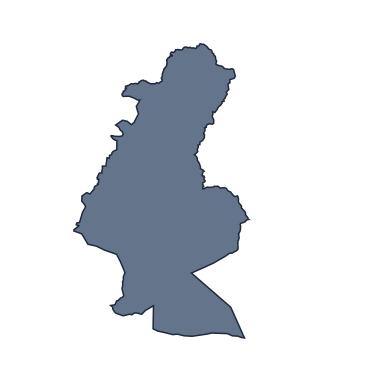 the district of Santa María Tlahuitoltepec, Oaxaca, Mexico, rotated 111°
{"feature_id": "50627088B87126124877298", "entity_name": "Santa María Tlahuitoltepec", "entity_type": "district", "adm_level": 2, "iso_a3": "MEX", "parent_name": "Mexico", "parent_adm1": "Oaxaca", "projection": "natural_earth1", "projection_center": [-96.099, 17.126], "detail": "fine", "context": "isolated", "style": "filled", "palette": "slate", "viewbox_px": 384, "rotation_deg": 111, "n_neighbors": 0, "source": "geoboundaries", "source_scale": "gbopen_adm2", "svg_char_len": 5982}
<svg xmlns="http://www.w3.org/2000/svg" viewBox="0 0 384 384"><g transform="rotate(111 192 192)"><path d="M116.9,291.8L117.2,292.0L118.9,290.4L119.1,291.4L120.1,291.2L120.7,290.8L122.0,291.3L122.5,292.2L123.7,292.1L124.4,291.9L125.5,292.5L126.5,292.0L127.1,291.4L127.4,290.4L125.1,284.9L125.1,282.3L125.1,279.6L125.6,275.6L124.8,273.7L128.6,274.0L132.0,274.7L135.9,271.9L138.1,270.0L147.6,271.0L150.9,272.7L149.2,277.7L149.9,282.6L156.8,287.3L157.8,283.6L159.1,282.1L160.0,280.9L160.6,278.9L161.2,278.3L162.2,277.2L162.9,276.8L163.9,277.3L164.9,277.4L166.2,279.9L166.8,281.4L166.9,282.2L167.7,283.8L167.7,285.1L168.3,287.7L169.0,287.5L169.8,286.4L170.6,285.0L171.1,283.0L171.1,280.5L179.4,277.4L180.0,277.8L180.7,278.6L182.3,280.1L184.0,280.8L185.2,280.5L186.0,280.6L187.3,282.1L190.3,281.4L190.4,283.6L198.6,281.7L200.0,285.0L201.9,284.1L204.9,283.6L206.5,283.0L207.5,285.3L212.7,285.8L213.1,285.1L213.1,284.6L213.8,285.0L214.1,283.2L214.9,283.3L215.6,283.1L216.1,282.7L216.6,282.9L217.7,282.8L218.3,283.1L218.6,282.4L221.7,284.8L222.9,284.8L224.1,284.4L229.0,286.1L230.1,286.4L230.4,286.6L230.3,290.0L235.1,293.3L240.1,291.6L240.6,290.5L243.2,286.6L244.2,286.1L250.3,286.9L260.7,286.1L262.3,288.5L264.1,288.3L264.1,285.6L267.9,287.7L269.4,288.7L270.7,288.4L270.6,279.9L278.1,270.4L276.8,262.1L277.6,252.5L277.2,240.0L282.8,233.8L290.5,226.4L291.6,225.6L293.4,225.7L296.1,225.7L298.6,224.5L300.8,224.7L301.5,224.2L303.9,223.3L307.4,222.7L313.3,218.5L315.8,219.6L316.5,220.6L318.5,221.6L319.8,222.1L320.8,223.4L324.4,223.4L325.6,224.6L327.1,227.3L328.0,224.6L329.6,224.1L332.3,220.4L332.4,219.4L332.3,212.0L328.5,206.5L328.2,204.3L327.6,203.6L325.8,202.7L324.6,199.9L324.4,196.4L323.9,195.0L319.4,193.1L312.0,187.2L333.7,179.3L334.1,174.2L333.0,166.8L332.0,158.7L330.0,154.9L329.1,147.9L326.6,140.1L319.5,127.5L316.5,122.8L311.5,108.1L311.8,102.8L310.2,97.7L310.0,93.2L309.5,90.7L285.7,114.5L267.9,163.5L250.9,146.7L239.8,137.7L235.3,134.7L234.9,132.9L231.1,129.6L229.6,128.7L229.0,129.1L228.4,128.7L227.9,128.9L227.5,129.3L226.2,129.5L224.9,130.3L223.7,130.6L222.0,131.4L220.0,131.3L219.3,131.6L218.3,131.4L217.8,131.9L216.8,132.1L216.4,132.7L215.3,132.8L214.5,133.5L214.1,133.4L213.9,133.6L213.7,133.4L211.1,133.1L209.3,133.5L206.4,134.4L205.0,135.5L203.7,135.2L201.9,132.8L200.8,131.8L198.2,130.7L197.3,129.2L197.1,130.1L196.0,130.6L194.1,133.9L193.1,134.1L192.7,134.4L191.2,135.7L191.0,136.4L190.6,137.0L190.1,138.2L189.4,139.4L189.0,140.4L187.3,140.8L185.5,144.2L185.0,144.7L183.6,145.5L182.1,146.0L180.1,147.2L179.3,148.3L180.6,149.7L180.9,150.7L180.0,153.0L178.2,155.9L178.0,158.8L176.5,161.0L176.2,162.9L176.5,163.8L178.2,166.8L177.3,170.3L178.0,171.0L178.6,173.2L179.7,173.9L180.4,174.9L180.6,175.8L181.3,176.9L181.8,179.1L182.4,180.0L184.0,181.7L184.8,182.0L185.0,183.2L184.7,183.2L183.1,183.7L182.4,183.2L180.9,184.9L180.2,185.1L179.5,185.2L177.8,183.7L177.0,183.7L176.1,184.8L175.8,185.0L175.4,185.6L174.5,186.0L173.8,185.6L172.8,186.6L173.3,187.7L172.8,188.7L169.1,188.8L168.3,188.1L167.5,190.1L167.3,192.0L166.9,192.8L165.4,193.1L164.4,194.1L162.6,195.4L162.3,196.2L161.7,196.5L161.6,197.0L160.4,198.3L160.0,198.9L159.5,198.9L158.2,199.4L157.5,200.4L156.6,202.2L156.4,203.2L155.2,202.3L152.2,201.1L150.2,202.5L147.9,202.1L146.1,203.3L145.0,201.6L142.7,202.5L141.1,201.3L140.1,200.6L139.5,200.4L138.5,200.3L136.9,199.9L133.7,201.0L133.5,202.1L132.2,202.1L130.3,201.9L128.4,202.4L127.6,203.3L126.3,201.8L125.6,202.1L125.2,202.4L123.7,202.0L122.8,201.0L122.1,200.4L121.4,197.2L120.0,196.4L116.8,197.6L114.4,200.1L111.6,200.5L109.7,201.4L109.6,199.2L105.9,198.1L104.7,198.1L102.2,197.5L100.9,196.4L98.0,195.7L97.5,196.3L96.8,196.3L95.8,194.6L94.5,195.4L93.5,195.2L92.9,194.7L91.0,194.8L88.0,194.2L86.8,195.8L83.0,194.4L81.7,195.3L78.3,197.1L76.4,195.7L73.6,197.0L71.5,194.3L70.6,193.3L68.3,193.1L62.8,197.1L62.5,198.6L63.2,200.0L63.7,200.3L64.1,201.0L64.5,203.1L65.1,204.6L65.1,205.1L64.8,206.5L64.9,207.0L64.2,207.8L64.0,208.3L63.8,209.1L64.0,210.5L64.3,211.6L64.2,213.0L64.4,214.2L64.3,215.1L63.7,215.6L62.6,215.7L62.0,216.0L61.5,215.8L61.2,215.8L60.8,216.0L60.1,217.1L56.9,218.9L56.7,220.5L55.6,220.9L55.2,221.4L55.1,222.3L54.9,222.4L54.9,222.7L54.5,223.2L53.1,224.1L52.8,224.5L52.6,225.2L52.6,227.3L51.8,228.7L51.7,229.2L50.9,230.1L50.4,231.9L50.3,232.7L50.1,233.1L49.9,234.1L50.0,234.6L50.5,235.2L50.7,235.6L50.4,236.5L50.5,237.0L51.0,237.7L51.3,237.9L52.5,237.8L53.1,238.0L53.5,238.3L53.7,238.9L53.7,239.3L53.9,239.6L54.5,239.6L55.7,239.3L56.7,240.1L57.0,242.7L57.7,243.5L57.8,243.9L57.7,246.0L58.2,246.4L58.5,246.9L58.7,247.6L58.9,248.0L58.9,248.3L58.6,248.6L58.6,248.8L58.8,249.1L59.3,250.6L59.7,251.1L61.1,251.8L61.6,251.9L62.2,251.8L63.4,253.0L63.5,253.4L63.4,253.9L63.6,254.2L63.6,254.6L64.0,255.1L64.0,255.5L63.9,255.8L64.0,256.4L64.7,257.2L64.9,257.8L64.9,258.2L65.0,258.3L65.8,258.4L66.5,258.3L67.0,258.3L68.2,259.1L68.4,260.2L68.9,261.1L68.8,261.3L69.1,261.6L69.6,261.5L70.2,261.7L71.0,261.7L71.4,261.1L71.5,260.1L71.6,259.5L71.9,259.2L72.3,259.3L72.4,260.2L73.0,261.3L73.5,261.4L74.1,261.1L74.4,261.2L74.5,261.6L74.9,262.2L75.4,262.4L76.9,262.6L77.6,263.0L77.8,263.0L78.5,262.5L79.0,262.4L79.9,261.6L81.7,261.4L82.4,261.0L83.2,261.0L84.9,261.3L85.1,261.6L85.9,261.6L86.2,261.8L86.5,261.8L86.6,262.0L87.4,262.3L88.0,262.2L88.7,262.0L89.8,262.0L90.4,262.1L92.4,262.0L93.2,261.8L93.6,261.4L95.0,261.3L95.7,261.1L96.5,261.3L96.7,261.5L97.4,260.9L97.9,260.0L99.3,259.8L100.2,260.7L102.5,262.1L102.5,263.9L103.0,264.6L103.6,264.7L104.2,265.2L104.3,265.8L104.5,266.0L104.7,266.8L105.6,268.6L105.8,270.0L105.7,271.0L105.4,273.2L105.6,273.5L105.5,273.9L105.0,274.2L105.1,275.7L105.3,276.2L105.1,276.8L105.3,277.1L105.1,277.9L106.5,279.5L106.9,279.7L107.2,279.7L107.5,279.9L107.7,280.4L108.4,280.8L109.0,281.0L109.4,280.7L109.7,280.8L110.1,281.2L110.6,281.3L110.5,282.2L110.9,283.6L111.3,284.4L112.3,285.8L112.6,287.2L112.8,287.7L114.5,288.8L115.3,289.6L115.9,290.5L116.4,290.6L116.6,290.9L116.9,291.8Z" fill="#64748b" stroke="#1e293b" stroke-width="1.5"/></g></svg>